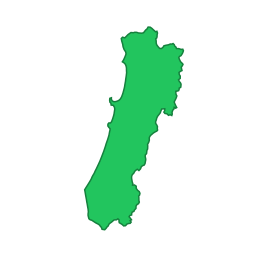 outline of Bertioga, São Paulo, Brazil, rotated 128°
{"feature_id": "56859067B23167317644380", "entity_name": "Bertioga", "entity_type": "district", "adm_level": 2, "iso_a3": "BRA", "parent_name": "Brazil", "parent_adm1": "São Paulo", "projection": "robinson", "projection_center": [-46.037, -23.766], "detail": "fine", "context": "isolated", "style": "filled", "palette": "green", "viewbox_px": 256, "rotation_deg": 128, "n_neighbors": 0, "source": "geoboundaries", "source_scale": "gbopen_adm2", "svg_char_len": 3650}
<svg xmlns="http://www.w3.org/2000/svg" viewBox="0 0 256 256"><g transform="rotate(128 128 128)"><path d="M223.8,86.1L222.5,83.7L220.3,83.5L218.8,83.6L217.4,83.3L215.7,83.8L214.2,83.6L212.2,83.0L210.6,82.7L208.9,82.3L207.4,80.5L205.8,80.1L205.9,78.5L207.0,77.7L208.0,76.6L207.8,75.0L207.6,73.3L207.8,71.1L206.5,69.8L204.1,69.6L202.9,68.7L201.8,67.6L200.2,67.6L199.7,69.3L198.2,68.7L197.7,70.4L197.3,72.5L195.9,72.7L194.3,71.6L193.1,72.5L191.6,72.9L190.1,72.0L188.7,72.4L186.5,72.2L184.6,73.6L182.7,73.8L181.2,73.1L179.4,73.5L178.5,74.7L176.4,76.4L175.0,77.7L173.7,77.6L172.1,78.4L171.2,80.0L171.2,82.1L170.5,84.4L168.8,85.7L168.9,87.8L170.2,89.2L168.9,89.9L167.8,91.6L166.5,93.0L165.5,94.1L164.3,95.1L163.0,95.7L161.7,95.9L160.4,95.6L158.7,95.9L157.2,96.0L154.8,95.3L154.8,93.2L152.5,93.0L150.2,93.7L148.5,93.2L147.2,92.4L145.5,92.7L143.6,93.7L142.2,94.4L141.2,95.3L139.9,96.9L138.6,97.8L136.8,97.6L135.5,98.4L134.1,99.3L132.5,99.6L131.1,100.6L130.0,101.4L128.9,102.5L126.5,102.9L124.6,103.6L122.7,105.2L121.3,105.6L119.7,105.6L117.7,105.2L116.2,104.9L114.1,104.1L112.7,103.4L111.4,103.4L110.4,104.6L108.7,105.7L107.8,107.5L107.3,109.1L105.8,110.2L104.2,110.7L102.4,111.5L100.5,111.9L98.1,111.9L96.2,111.9L94.3,112.6L92.2,113.1L91.2,111.9L90.2,110.9L91.4,109.9L93.4,109.5L93.8,107.9L92.8,105.9L93.1,103.9L91.6,103.0L91.2,101.2L89.8,101.7L88.6,102.9L86.3,103.7L84.7,103.5L83.3,104.3L83.1,102.7L81.9,102.2L81.1,104.0L80.1,105.9L79.1,107.6L77.3,108.0L75.6,108.3L73.9,108.8L72.6,109.3L71.9,110.9L70.7,112.1L69.6,112.9L68.5,111.9L67.4,111.1L66.1,111.5L64.9,112.2L63.6,111.5L62.4,112.1L60.8,113.2L60.1,114.5L59.7,116.3L58.9,117.9L56.8,117.4L54.9,118.8L54.3,120.5L52.8,122.0L51.1,121.6L49.5,120.8L48.4,122.2L47.2,123.5L45.4,123.5L43.9,123.9L43.6,125.5L43.4,127.4L42.4,129.5L41.3,131.3L39.9,131.5L38.4,130.8L36.8,130.9L35.0,131.2L33.0,131.9L32.2,133.3L33.4,134.6L34.2,136.9L35.6,138.7L34.7,140.0L34.7,141.5L33.9,142.8L33.7,144.5L34.9,145.1L35.8,146.4L37.5,147.3L39.5,149.1L41.1,150.3L43.0,150.1L44.8,150.6L45.8,152.1L45.4,154.4L44.8,156.5L43.8,158.0L42.2,159.3L40.5,161.1L39.3,160.8L37.9,161.5L36.6,162.5L35.0,163.2L34.0,164.8L35.2,165.4L35.1,166.8L35.0,168.5L34.8,170.6L34.9,172.6L36.1,174.3L38.1,174.0L40.0,174.4L41.6,174.4L43.4,174.4L44.8,175.5L45.8,177.0L46.7,178.3L47.2,179.9L48.4,181.6L49.7,182.5L50.9,184.4L52.4,184.9L54.4,185.5L56.3,185.7L58.9,186.0L59.8,188.2L61.6,188.4L63.3,186.5L65.3,183.7L67.0,181.9L68.5,179.5L69.5,176.6L70.9,175.1L73.1,174.4L75.4,173.8L77.1,173.4L79.3,173.2L79.1,171.1L79.3,169.7L80.1,168.0L81.6,166.2L83.0,165.1L84.2,164.1L85.3,163.1L86.5,162.4L87.8,161.6L89.2,160.8L91.0,159.8L92.8,158.7L94.7,157.7L96.0,157.0L97.6,156.1L99.5,155.2L101.6,154.3L103.5,153.5L105.2,152.9L107.5,152.2L109.8,151.9L111.4,152.1L113.1,152.8L114.7,153.9L115.9,155.2L116.4,157.0L115.6,158.8L114.4,159.7L115.8,160.6L117.4,159.6L118.8,158.1L119.0,156.7L120.3,155.4L119.2,153.5L120.0,151.5L121.2,150.1L122.8,149.2L125.4,147.7L127.2,146.9L129.8,145.9L131.9,145.2L133.4,144.8L134.8,144.9L135.8,146.2L137.3,146.2L138.8,145.1L139.3,143.4L139.6,141.7L140.9,140.8L142.1,140.3L143.6,139.5L145.3,138.6L148.1,137.5L150.0,136.8L153.6,135.6L156.4,134.5L161.2,132.8L167.1,131.0L171.2,129.8L174.5,129.0L179.8,127.8L182.0,127.4L183.5,127.0L184.8,126.7L186.6,126.5L188.5,126.2L191.1,125.5L193.3,125.2L195.0,125.0L197.7,124.7L199.9,124.5L201.8,124.3L203.4,124.1L204.5,122.8L206.8,120.3L209.8,116.9L211.6,115.0L212.8,113.6L215.0,111.2L216.5,109.5L218.5,107.6L219.9,106.8L221.4,105.7L222.4,104.5L223.6,102.9L223.6,101.2L223.0,99.8L222.8,97.4L222.6,94.9L222.1,92.4L222.0,90.6L222.5,89.2L222.7,87.7L223.8,86.1Z" fill="#22c55e" stroke="#15803d" stroke-width="1.5"/></g></svg>